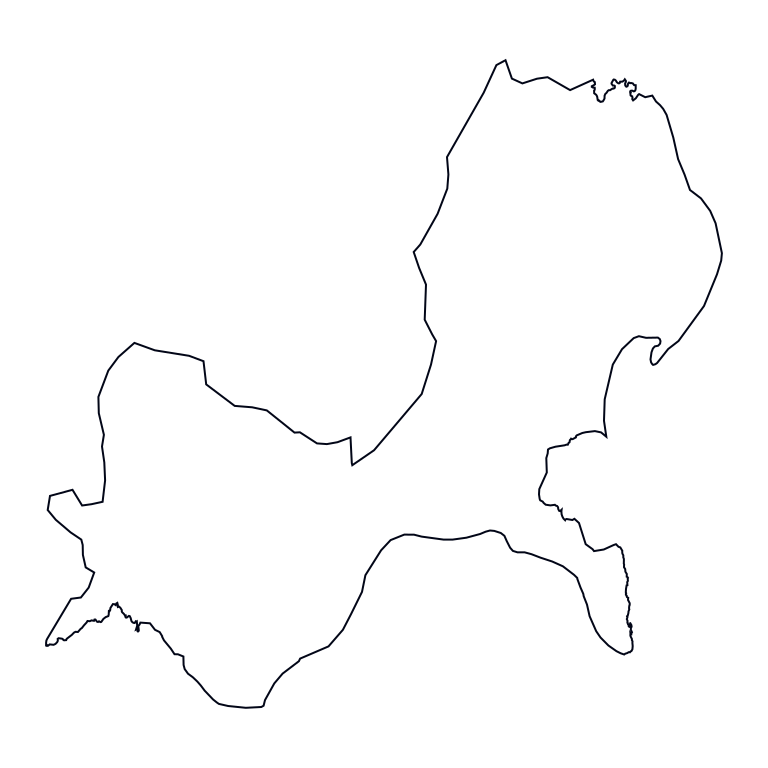 Kabare, Sud-Kivu, Democratic Republic of the Congo (Equal Earth projection)
{"feature_id": "63176286B3160723083670", "entity_name": "Kabare", "entity_type": "district", "adm_level": 2, "iso_a3": "COD", "parent_name": "Democratic Republic of the Congo", "parent_adm1": "Sud-Kivu", "projection": "equal_earth", "projection_center": [28.728, -2.413], "detail": "fine", "context": "isolated", "style": "outline", "palette": "ink", "viewbox_px": 768, "rotation_deg": 0, "n_neighbors": 0, "source": "geoboundaries", "source_scale": "gbopen_adm2", "svg_char_len": 5956}
<svg xmlns="http://www.w3.org/2000/svg" viewBox="0 0 768 768"><path d="M606.3,436.7L604.0,420.8L604.7,399.3L612.8,364.6L622.0,349.2L633.7,338.1L638.9,336.2L646.0,337.8L657.9,337.6L659.8,339.1L660.5,341.1L660.1,343.6L658.2,345.7L654.8,346.4L652.9,348.5L651.5,352.3L650.5,359.4L651.1,362.4L652.3,364.2L653.1,364.9L655.4,364.2L657.1,363.0L668.2,349.0L678.5,341.0L704.0,306.0L717.0,274.3L721.2,260.6L721.9,253.2L715.6,223.3L710.2,210.9L701.0,198.4L690.0,190.0L684.6,174.7L678.1,159.1L673.3,137.6L666.6,114.9L663.2,108.9L660.1,105.2L656.0,101.5L652.3,95.6L645.2,97.2L639.1,94.1L638.1,94.9L635.8,98.3L633.1,100.4L632.3,99.2L632.4,97.9L632.5,97.7L632.2,96.3L631.3,96.0L630.6,95.4L630.4,93.6L630.7,92.7L630.2,92.5L630.2,91.3L631.0,90.7L632.4,90.7L633.9,91.4L634.9,90.9L635.4,90.1L635.7,88.7L635.7,85.2L634.1,85.1L632.8,83.4L631.1,83.0L630.1,83.2L629.5,82.7L628.8,82.6L627.9,84.0L627.8,85.5L627.4,86.3L626.3,86.7L625.4,85.7L625.2,85.1L625.3,85.0L625.1,83.5L625.9,81.8L625.9,80.9L624.8,79.3L624.0,80.5L622.5,81.6L620.1,81.7L619.8,82.9L619.0,83.4L618.3,83.3L616.9,82.3L615.8,80.5L614.8,79.7L613.7,79.5L613.4,79.7L611.6,82.9L611.5,83.7L612.8,85.5L614.1,85.5L614.8,85.9L614.9,87.0L614.7,87.9L613.7,88.6L613.2,88.4L612.0,88.9L610.0,90.2L608.7,90.2L607.8,90.9L606.4,93.0L605.4,93.8L604.6,95.6L604.5,98.6L603.3,100.7L602.8,101.4L600.6,101.9L600.3,101.9L599.6,101.0L598.7,100.8L598.6,100.1L598.4,100.0L598.1,100.4L597.7,100.0L597.2,96.8L596.7,95.6L596.1,94.7L594.2,93.3L594.1,90.6L594.6,90.0L594.8,89.0L594.7,87.7L593.1,87.6L591.8,86.9L591.8,86.2L593.8,85.2L595.0,84.3L594.8,82.1L594.0,81.6L593.4,80.7L593.1,79.7L570.1,90.1L547.6,77.2L537.0,78.7L522.4,83.4L511.9,78.6L505.5,60.2L496.4,65.1L483.7,92.7L447.0,157.1L448.4,174.5L447.3,188.6L437.6,213.8L420.3,244.5L413.7,252.0L419.1,267.9L426.0,284.6L424.7,319.7L432.2,334.4L436.1,341.1L431.0,364.6L421.7,394.0L374.1,450.2L352.3,465.2L351.8,463.1L350.5,437.4L337.5,442.2L326.9,444.1L317.0,443.4L299.9,432.3L294.5,432.6L266.8,410.4L252.2,407.3L234.7,405.9L206.2,384.4L203.5,361.2L189.1,355.8L154.8,350.3L134.4,342.9L118.4,357.0L108.3,370.6L98.4,396.9L98.8,413.2L103.9,434.8L102.0,446.5L104.3,462.4L105.1,480.4L102.6,501.8L91.5,504.2L82.1,505.5L72.5,489.8L50.0,495.9L47.7,510.0L55.8,519.8L70.6,532.4L81.3,539.6L82.7,545.0L82.9,554.9L85.7,567.4L94.2,572.5L88.7,587.6L80.9,597.5L71.1,598.8L47.2,638.8L46.4,640.5L46.1,642.7L46.1,645.3L46.9,645.1L47.1,645.9L48.1,645.7L49.7,644.4L53.6,644.8L55.5,643.9L57.2,642.1L57.8,640.8L57.7,638.8L58.7,638.2L62.1,638.7L63.1,639.4L63.5,640.1L64.2,640.3L66.2,640.1L66.5,639.2L67.1,638.5L71.8,634.9L74.0,632.6L75.5,631.8L77.9,632.0L80.6,628.9L81.9,628.0L84.0,625.3L86.6,622.5L87.5,621.0L89.8,621.2L91.5,620.4L94.0,620.8L94.5,619.5L95.4,619.5L96.9,621.6L98.0,622.0L99.0,621.3L100.4,622.1L101.3,621.9L103.4,618.9L105.7,617.1L108.3,616.1L108.7,614.7L108.9,610.8L109.7,610.3L109.9,610.6L110.2,610.1L110.4,608.0L112.9,604.1L114.4,604.2L115.7,605.1L116.3,603.5L117.3,602.9L117.9,605.2L117.7,605.9L117.9,607.0L119.0,606.6L120.3,607.7L121.8,610.1L121.8,611.5L122.2,612.3L123.8,613.8L124.8,615.2L125.7,615.4L125.3,616.7L125.8,617.5L126.7,617.6L128.9,615.9L129.7,616.1L130.7,618.1L131.4,620.9L132.0,621.8L133.3,622.8L134.7,623.0L135.7,621.4L136.1,621.7L136.8,621.3L137.2,625.7L136.0,629.6L137.4,628.9L137.8,629.3L137.5,631.1L137.7,631.4L138.0,631.5L138.6,631.0L138.8,630.4L138.3,626.0L139.5,624.6L140.4,622.6L150.0,623.3L155.0,629.8L159.7,632.1L162.2,636.2L162.1,636.7L164.0,640.4L170.8,648.6L174.5,654.2L178.0,654.3L183.4,656.5L183.6,665.0L184.7,669.1L188.0,673.7L192.9,677.3L197.4,681.6L200.8,685.5L204.7,690.7L213.1,699.5L217.0,702.6L218.9,703.9L228.1,706.0L245.8,707.8L261.3,707.0L263.6,705.7L265.0,700.1L274.3,683.4L282.6,673.6L298.9,661.2L300.1,658.6L328.5,646.4L342.9,629.8L351.0,614.2L362.0,591.9L365.4,575.2L381.1,550.3L390.6,540.1L404.3,534.6L414.1,534.7L421.6,536.6L443.6,539.6L452.6,539.6L466.4,537.7L480.1,534.0L485.6,531.7L490.0,530.5L494.3,530.9L500.8,533.0L504.4,535.8L506.7,541.0L510.1,547.7L512.9,550.9L517.4,552.3L524.5,552.3L531.5,554.2L540.6,557.7L552.2,561.5L562.9,566.3L574.0,574.8L577.2,577.9L577.4,579.1L580.5,587.5L583.3,593.9L583.7,596.2L587.0,604.6L589.6,616.2L596.2,631.2L600.5,637.5L608.4,645.5L616.5,651.2L620.7,653.3L624.2,654.5L625.2,653.7L627.2,653.1L628.5,652.3L629.1,652.1L629.9,652.3L630.8,651.3L631.4,651.1L632.4,649.3L632.7,646.1L632.4,642.9L632.5,641.3L631.9,640.2L631.9,639.0L630.6,636.4L630.3,635.0L630.5,634.6L630.4,633.1L630.7,633.5L630.9,634.3L631.3,634.3L631.3,633.4L632.0,632.3L630.8,629.7L630.9,628.2L631.6,626.7L631.4,625.1L629.9,622.5L630.4,624.5L630.3,626.6L629.4,626.9L628.8,626.4L628.6,626.0L628.7,624.8L628.0,624.3L627.7,622.9L627.4,622.7L627.5,620.7L626.8,619.1L627.4,617.4L627.3,616.8L627.0,616.4L627.1,616.1L627.7,615.8L628.4,613.0L628.5,611.4L629.3,609.4L629.1,608.8L629.1,607.2L629.4,605.3L629.7,605.0L629.7,603.2L628.0,599.9L628.2,597.8L627.0,597.1L626.7,596.5L626.7,595.6L625.9,594.8L625.9,593.7L626.2,593.2L625.8,592.4L626.0,588.9L626.6,585.4L627.4,585.2L627.2,582.1L627.9,580.9L627.7,578.6L628.0,577.9L627.5,577.1L626.7,576.7L626.8,574.0L625.4,571.7L625.2,569.1L624.0,567.2L624.1,564.3L623.8,563.7L623.9,559.5L623.8,558.6L623.3,557.5L623.3,555.3L622.4,553.6L622.2,551.8L622.3,550.8L620.3,547.4L618.5,546.8L616.0,544.2L613.7,545.0L603.8,549.5L594.0,551.1L592.6,549.2L585.7,544.2L579.0,523.0L574.4,518.8L572.4,520.0L566.6,519.0L565.4,519.5L565.1,520.2L563.5,518.6L562.4,516.6L561.6,514.3L561.4,511.4L561.6,509.7L560.1,511.1L559.1,510.8L558.2,508.9L558.1,507.5L557.9,507.0L557.1,506.0L555.6,505.5L554.9,504.8L550.4,505.4L545.7,504.7L543.6,502.9L542.7,501.6L540.2,500.3L539.7,499.0L539.0,494.4L539.3,489.1L546.8,472.5L546.3,458.1L547.7,453.4L548.0,449.5L549.9,448.3L555.5,446.7L564.6,445.3L566.6,444.6L567.8,444.7L568.6,442.9L569.5,442.3L569.9,440.1L570.8,439.2L571.1,438.7L571.7,439.1L572.7,439.1L575.9,437.4L575.9,436.4L576.7,435.4L582.3,433.0L585.8,432.2L594.9,431.1L601.1,432.4L606.3,436.7Z" fill="none" stroke="#020617" stroke-width="2"/></svg>